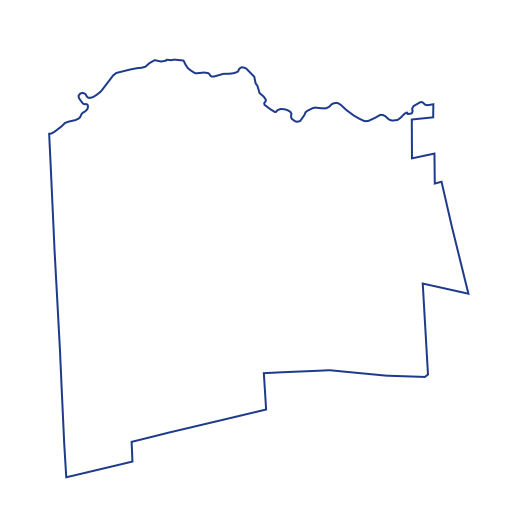 Cheshire, New Hampshire, United States of America, rotated 85°
{"feature_id": "52423323B8710872997835", "entity_name": "Cheshire", "entity_type": "district", "adm_level": 2, "iso_a3": "USA", "parent_name": "United States of America", "parent_adm1": "New Hampshire", "projection": "mercator", "projection_center": [-72.424, 42.947], "detail": "fine", "context": "isolated", "style": "outline", "palette": "blue", "viewbox_px": 512, "rotation_deg": 85, "n_neighbors": 0, "source": "geoboundaries", "source_scale": "gbopen_adm2", "svg_char_len": 2169}
<svg xmlns="http://www.w3.org/2000/svg" viewBox="0 0 512 512"><g transform="rotate(85 256 256)"><path d="M230.1,456.1L281.7,457.8L333.0,459.5L341.7,459.9L361.0,460.7L362.8,460.8L425.9,463.4L459.9,464.3L450.0,397.0L430.3,396.1L424.1,356.8L413.0,280.9L411.6,271.4L409.8,259.3L373.4,258.4L374.1,239.8L375.7,204.9L376.2,192.7L386.6,136.4L391.2,98.3L389.1,95.0L298.0,92.3L312.1,47.7L243.4,58.4L198.2,64.7L199.4,71.6L169.5,69.3L172.3,92.1L133.6,88.9L133.3,67.4L120.3,66.1L120.7,71.6L120.5,73.1L119.9,74.4L117.5,76.6L117.1,77.5L117.2,79.2L120.4,86.0L122.8,87.6L125.5,87.4L127.0,88.1L127.6,88.8L127.8,92.0L127.7,92.6L126.4,92.9L126.3,93.8L127.6,96.1L129.5,98.3L130.8,99.8L132.8,103.1L133.0,108.1L132.7,109.4L131.5,111.8L127.8,115.2L126.6,117.4L126.2,119.9L128.7,125.2L131.3,132.5L131.2,135.3L130.7,136.9L128.3,141.0L124.8,146.1L118.6,153.1L112.7,158.5L111.0,160.9L110.4,162.7L110.8,165.8L111.4,167.3L113.8,170.2L115.0,173.4L114.6,177.5L113.3,184.1L113.7,186.8L115.9,192.3L117.1,194.1L119.8,195.5L125.2,200.1L125.7,201.5L125.8,203.9L125.0,205.5L122.5,208.4L120.5,209.0L117.2,208.3L115.2,209.4L113.3,212.2L112.2,215.2L111.7,218.7L112.6,221.8L114.2,223.6L114.2,224.6L111.3,228.6L106.2,234.3L104.4,234.5L102.7,232.9L101.1,232.6L97.8,234.5L94.1,238.2L86.5,239.8L84.1,241.3L77.3,242.1L68.4,249.4L67.1,251.9L66.8,253.9L67.2,255.1L68.7,256.9L69.9,257.3L70.7,258.0L71.4,259.9L72.0,262.8L72.1,266.5L71.7,272.8L73.5,281.8L73.4,284.4L72.8,285.4L70.3,286.9L69.6,287.9L68.7,291.8L68.8,300.0L68.0,301.6L65.0,305.4L62.8,307.6L59.1,309.6L55.5,310.9L54.9,311.5L53.3,319.9L53.5,323.8L52.8,327.4L52.8,328.1L53.5,328.5L54.0,333.6L52.1,339.8L52.5,340.8L54.6,345.4L57.7,349.5L58.5,353.4L58.5,357.9L59.3,365.5L61.5,379.2L63.5,382.4L77.3,395.0L79.0,396.8L81.6,400.8L83.5,404.5L84.0,407.2L83.8,409.2L82.7,410.4L79.6,412.0L78.4,414.4L78.8,416.8L80.7,418.7L82.2,418.8L84.1,418.2L88.8,415.3L89.7,414.1L90.0,411.5L90.6,410.7L92.3,410.3L95.0,411.1L97.2,413.8L98.1,415.9L99.1,417.2L102.6,419.3L103.8,421.0L104.9,424.1L105.7,430.3L106.7,434.5L110.1,438.7L114.6,445.8L116.2,449.4L116.2,451.4L120.9,451.6L146.4,452.6L202.0,454.9L228.2,456.0L230.1,456.1Z" fill="none" stroke="#1e3a8a" stroke-width="2"/></g></svg>